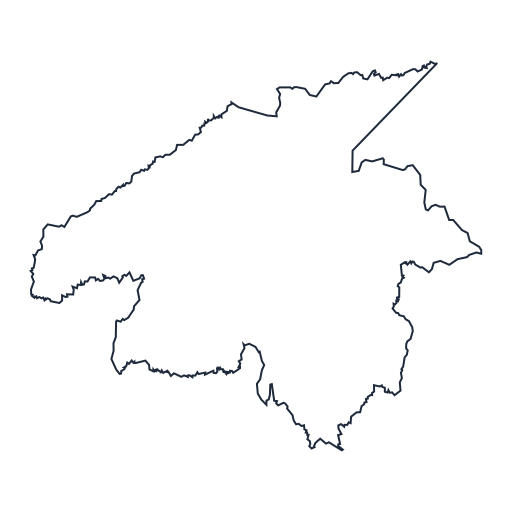 Puerto Colombia, Guainía, Colombia (Natural Earth projection)
{"feature_id": "7082276B8590395772901", "entity_name": "Puerto Colombia", "entity_type": "district", "adm_level": 2, "iso_a3": "COL", "parent_name": "Colombia", "parent_adm1": "Guainía", "projection": "natural_earth1", "projection_center": [-68.335, 2.492], "detail": "fine", "context": "isolated", "style": "outline", "palette": "slate", "viewbox_px": 512, "rotation_deg": 0, "n_neighbors": 0, "source": "geoboundaries", "source_scale": "gbopen_adm2", "svg_char_len": 5998}
<svg xmlns="http://www.w3.org/2000/svg" viewBox="0 0 512 512"><path d="M31.0,289.4L31.2,294.3L32.6,294.8L31.9,295.8L34.2,297.6L34.6,295.7L34.9,297.4L36.4,296.4L37.0,298.2L39.4,297.0L41.4,298.3L43.2,297.5L44.2,299.7L45.1,298.9L45.0,300.1L47.6,298.3L50.1,299.5L50.6,301.2L59.4,303.0L62.1,300.6L62.1,295.3L65.5,297.0L67.4,296.7L67.0,294.3L73.2,294.5L73.7,289.6L72.6,286.6L77.0,288.2L77.7,284.6L80.8,285.0L81.1,282.2L82.3,284.8L84.0,284.4L84.8,281.4L87.5,281.5L90.0,277.4L95.2,277.5L95.8,280.3L98.1,278.9L100.1,281.0L103.2,280.4L104.4,278.5L103.2,275.0L105.3,275.9L105.9,278.2L108.7,277.6L110.1,278.7L113.5,276.4L117.3,278.2L119.2,282.7L122.8,277.5L122.3,276.2L124.5,274.8L126.2,275.9L129.5,272.4L133.3,280.8L139.7,278.3L141.3,275.2L142.9,275.2L144.1,278.7L142.2,279.3L142.6,281.9L141.1,282.8L137.6,290.2L139.5,300.0L134.0,306.3L133.7,309.6L128.1,317.8L124.2,320.1L122.7,318.9L120.6,321.7L116.9,320.5L116.1,321.6L115.8,337.1L113.5,343.2L113.6,350.8L111.4,359.0L116.3,369.7L119.6,373.9L121.0,373.6L121.3,371.0L124.2,369.3L125.2,367.5L124.2,367.3L126.3,366.0L127.3,362.6L128.9,363.9L131.7,360.5L133.3,362.7L134.3,361.8L134.2,362.9L135.8,363.0L145.4,360.6L149.0,364.8L149.5,369.5L153.1,371.2L153.3,369.4L154.6,371.4L155.6,370.8L155.2,369.2L156.6,370.8L157.2,369.3L160.8,372.3L161.7,370.4L163.2,372.9L167.4,370.7L168.1,371.6L167.1,372.0L168.8,372.4L170.9,376.0L173.9,373.3L181.3,376.8L184.1,375.4L187.8,376.9L187.6,375.6L189.2,375.2L192.4,377.2L192.5,375.5L195.3,375.6L197.4,372.2L198.5,374.0L205.3,372.6L205.0,374.6L213.4,370.7L213.6,372.9L216.0,373.2L217.3,371.7L217.0,368.2L217.9,367.5L219.1,369.4L220.1,367.7L221.0,369.3L222.8,369.2L223.7,372.8L224.0,370.8L225.8,373.3L225.8,371.7L227.9,371.9L227.8,373.3L230.0,372.4L230.1,370.7L232.2,371.1L233.2,372.8L240.0,368.2L240.0,366.7L238.7,366.9L240.3,363.6L238.8,361.2L241.6,359.5L241.0,354.3L244.5,348.1L243.6,344.2L244.7,345.3L249.3,343.8L255.5,346.9L258.8,352.3L259.7,351.7L261.9,361.0L264.2,365.0L261.9,370.2L260.1,379.3L256.9,383.8L257.8,393.5L261.3,399.6L266.4,404.8L266.5,400.6L268.7,399.5L269.9,394.9L270.3,384.6L271.8,384.1L274.2,400.8L277.0,401.1L276.1,403.3L278.2,405.4L283.3,402.8L285.1,403.4L287.6,406.5L287.1,408.5L292.5,415.2L293.7,420.4L296.1,424.3L298.7,423.8L301.5,426.0L304.0,425.3L304.4,429.4L306.5,430.3L305.8,432.5L307.1,432.5L307.3,434.9L308.5,434.9L307.4,439.3L309.8,441.1L310.3,443.9L309.3,446.2L311.6,448.5L314.5,447.1L313.9,446.4L315.4,442.9L320.2,438.7L326.0,443.6L328.9,442.3L341.7,450.3L342.8,449.6L338.2,445.9L338.3,444.3L340.1,443.9L338.1,435.1L341.4,434.1L338.5,428.5L338.3,425.4L341.0,424.1L344.2,426.7L344.5,424.8L347.3,424.9L348.7,422.3L350.6,423.1L351.1,416.7L356.5,412.4L360.1,412.2L361.6,406.1L364.2,404.2L364.4,402.5L366.5,402.1L365.9,399.1L367.8,398.6L367.7,397.0L370.8,394.9L372.1,395.1L372.1,392.9L374.1,391.6L374.0,385.2L379.8,386.5L381.8,385.4L382.4,387.0L384.8,387.7L384.9,391.8L387.5,392.5L388.4,390.1L389.7,392.7L392.1,392.4L394.6,395.2L400.5,390.6L399.8,382.4L401.9,378.0L400.9,372.8L402.3,370.2L401.4,369.2L403.2,366.5L404.6,357.4L406.8,354.8L407.7,350.3L406.1,348.4L406.3,343.9L407.3,341.4L410.5,339.0L412.8,331.1L412.2,327.1L408.9,321.1L405.6,319.2L403.8,316.3L399.3,315.2L398.2,313.1L396.1,312.8L392.6,308.5L393.8,306.5L393.6,303.7L395.0,304.4L396.5,302.8L396.3,300.9L397.9,301.4L398.7,299.4L396.9,298.8L397.0,297.5L399.2,297.0L399.3,287.4L397.7,286.1L398.5,283.8L400.8,282.5L402.0,278.9L403.8,277.7L402.5,276.9L403.4,275.6L401.9,275.4L400.8,264.8L405.1,262.1L405.9,262.1L404.9,263.9L406.2,262.8L407.4,264.7L410.3,261.4L411.3,263.4L412.4,261.5L413.7,261.7L415.3,264.6L420.5,267.6L422.2,267.2L428.9,272.3L431.9,269.1L433.7,262.8L440.4,260.9L449.3,264.8L457.5,259.2L467.1,257.1L469.2,254.9L476.3,252.5L481.2,253.7L481.3,250.2L479.2,246.8L469.8,241.3L467.6,233.0L462.1,230.2L453.2,220.0L449.2,220.0L444.5,206.6L439.9,206.7L435.6,204.8L431.7,206.2L428.0,210.4L425.8,209.4L424.3,202.6L425.7,189.9L420.7,184.8L420.2,174.9L412.7,165.2L407.6,166.1L404.7,169.6L402.6,170.0L383.7,164.2L383.8,159.5L382.7,158.3L372.2,161.4L365.3,159.9L361.7,162.4L358.7,170.9L352.3,172.0L352.6,150.6L437.2,63.1L435.2,64.0L430.5,61.7L429.7,63.8L427.3,64.4L426.1,66.5L426.7,68.0L424.3,67.6L423.9,65.5L422.7,66.0L421.9,69.5L417.6,71.5L415.4,69.3L413.1,69.1L404.7,73.0L403.4,75.2L401.8,75.5L401.0,74.2L399.1,76.6L398.2,74.1L396.7,74.5L397.1,75.3L391.7,74.8L389.1,78.1L387.2,77.7L383.2,80.2L382.7,77.6L381.2,77.9L378.9,73.9L374.4,75.6L373.9,73.9L375.7,72.2L374.9,70.4L372.7,71.3L367.5,79.3L363.3,78.5L362.3,75.0L360.7,75.2L357.1,72.2L354.2,72.5L353.1,74.1L351.5,72.9L348.4,73.3L343.1,76.9L338.3,83.0L333.8,83.2L331.0,81.2L329.6,83.4L325.1,84.4L316.4,96.5L309.8,95.0L305.1,88.8L296.7,87.1L294.1,87.2L292.4,88.8L290.3,87.4L279.6,87.4L277.0,89.1L280.1,94.0L279.1,97.8L280.2,102.9L280.0,105.7L276.2,112.3L276.7,116.3L267.3,115.5L238.7,107.3L231.4,102.4L231.6,104.1L227.6,106.2L226.8,110.9L221.4,114.4L221.5,117.2L219.3,115.5L218.0,116.7L219.4,118.0L216.7,117.1L215.2,118.4L213.8,116.0L213.8,117.8L211.1,120.4L208.6,120.4L207.9,118.9L208.0,121.6L206.8,122.6L205.3,121.7L205.6,123.3L204.4,123.4L204.2,125.7L202.3,125.6L201.3,127.5L199.7,127.7L200.9,132.0L198.2,134.4L195.1,134.7L191.8,140.7L189.2,139.9L183.2,144.9L177.1,144.9L175.9,150.0L169.9,154.7L165.3,154.8L162.9,157.2L160.1,156.4L155.4,157.4L154.6,161.9L153.1,161.5L152.6,163.7L149.8,165.4L149.7,166.8L148.6,166.0L148.8,168.3L147.3,169.8L144.7,169.4L144.1,170.8L141.2,169.8L139.6,172.2L133.9,173.6L132.0,176.0L131.3,181.5L129.4,183.4L126.2,183.0L124.6,185.8L122.9,186.1L122.9,185.0L120.3,187.6L118.6,186.7L116.3,189.0L116.1,191.0L114.7,191.1L112.0,194.6L109.0,194.2L104.9,198.0L101.5,199.0L101.2,201.0L96.2,201.1L94.3,204.7L90.1,208.7L90.0,210.3L87.6,212.1L76.8,216.8L72.9,215.7L70.8,216.4L64.4,226.9L61.4,225.3L59.1,226.7L47.7,224.4L43.3,229.5L43.4,236.7L40.4,241.5L42.1,245.8L41.8,249.1L38.0,250.5L35.4,255.3L33.6,255.0L35.1,259.0L34.8,262.3L33.6,267.9L31.9,268.4L32.4,270.2L30.7,271.0L33.3,273.9L31.8,276.6L33.9,281.6L31.0,289.4Z" fill="none" stroke="#1e293b" stroke-width="2"/></svg>